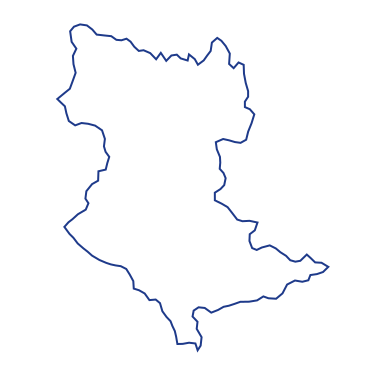 Marilac, Minas Gerais, Brazil, rotated 5°
{"feature_id": "56859067B78611277191853", "entity_name": "Marilac", "entity_type": "district", "adm_level": 2, "iso_a3": "BRA", "parent_name": "Brazil", "parent_adm1": "Minas Gerais", "projection": "robinson", "projection_center": [-42.067, -18.5], "detail": "fine", "context": "isolated", "style": "outline", "palette": "blue", "viewbox_px": 384, "rotation_deg": 5, "n_neighbors": 0, "source": "geoboundaries", "source_scale": "gbopen_adm2", "svg_char_len": 2267}
<svg xmlns="http://www.w3.org/2000/svg" viewBox="0 0 384 384"><g transform="rotate(5 192 192)"><path d="M211.4,349.2L214.0,344.3L214.2,335.8L208.6,327.9L208.8,320.8L203.4,316.0L204.0,310.0L208.6,306.3L214.8,306.4L221.7,310.5L228.3,307.2L233.5,303.6L238.6,302.1L244.0,299.8L249.7,297.2L258.4,296.3L266.3,294.3L272.2,289.8L277.4,291.2L285.1,291.0L291.0,285.1L294.8,275.9L302.3,271.2L309.7,271.8L315.6,269.8L317.2,264.4L323.6,262.9L329.5,260.3L334.3,254.7L327.2,251.2L320.8,251.4L315.9,247.4L311.8,244.3L305.9,251.1L301.0,252.4L295.8,251.4L291.3,247.4L285.3,244.3L280.4,240.9L274.1,238.4L266.4,241.2L261.5,244.1L256.8,242.6L253.5,235.8L253.2,229.0L257.9,224.7L259.9,216.7L251.9,215.7L244.8,216.7L239.4,215.5L234.3,209.9L228.8,204.0L222.5,201.0L215.5,198.3L214.8,190.7L220.1,186.6L223.5,182.3L224.3,175.3L221.7,170.3L217.6,166.5L217.6,160.3L216.8,154.6L213.0,147.3L211.4,140.3L218.4,136.5L224.5,137.3L230.4,138.5L236.1,138.8L241.4,135.2L242.7,126.9L245.3,118.4L247.3,109.2L242.4,104.5L237.3,102.8L236.8,97.4L239.6,92.2L239.1,86.6L236.0,78.6L233.5,69.7L232.4,60.8L227.1,58.9L222.7,65.0L217.8,61.2L217.6,50.8L212.9,43.7L208.1,38.8L203.7,36.3L198.8,41.4L198.3,49.9L195.3,54.6L192.2,59.9L186.8,64.7L183.2,59.4L177.0,55.2L176.2,61.4L169.1,59.9L164.9,56.5L159.6,57.8L154.9,63.6L148.8,56.1L144.7,62.9L138.3,57.3L131.4,55.0L126.7,56.1L121.8,52.3L117.7,47.6L113.4,45.0L108.5,47.0L103.4,47.0L98.0,43.8L91.5,43.7L83.3,43.5L78.5,38.8L72.8,35.2L65.9,34.8L60.0,37.6L56.6,42.5L59.0,52.9L64.3,59.3L61.5,66.8L62.8,75.0L65.7,83.4L63.4,92.1L61.3,99.8L56.4,104.5L49.7,111.1L53.6,114.3L57.9,117.7L60.0,124.5L63.1,132.0L69.8,135.8L75.9,132.9L82.6,133.1L89.7,134.3L97.0,138.4L100.6,146.7L100.3,154.2L102.4,159.5L106.5,164.2L105.1,170.6L104.1,177.2L97.0,179.5L97.5,188.9L91.8,192.8L86.7,200.4L86.4,207.9L89.8,212.2L87.7,218.8L80.3,224.1L75.2,229.6L71.6,232.9L67.9,237.9L73.6,244.4L77.9,248.0L82.6,253.2L88.7,257.6L93.3,260.6L98.0,264.1L105.7,267.8L112.8,270.1L117.5,271.2L122.3,271.8L127.5,272.1L133.2,274.4L137.2,279.7L141.3,285.9L142.4,293.3L147.8,294.5L153.7,297.2L159.0,303.4L165.2,302.3L169.8,305.5L172.9,313.4L177.6,318.8L181.9,322.6L184.2,327.3L187.0,332.0L188.8,337.5L190.7,344.7L196.0,344.1L202.2,342.4L208.6,342.6L211.4,349.2Z" fill="none" stroke="#1e3a8a" stroke-width="2"/></g></svg>